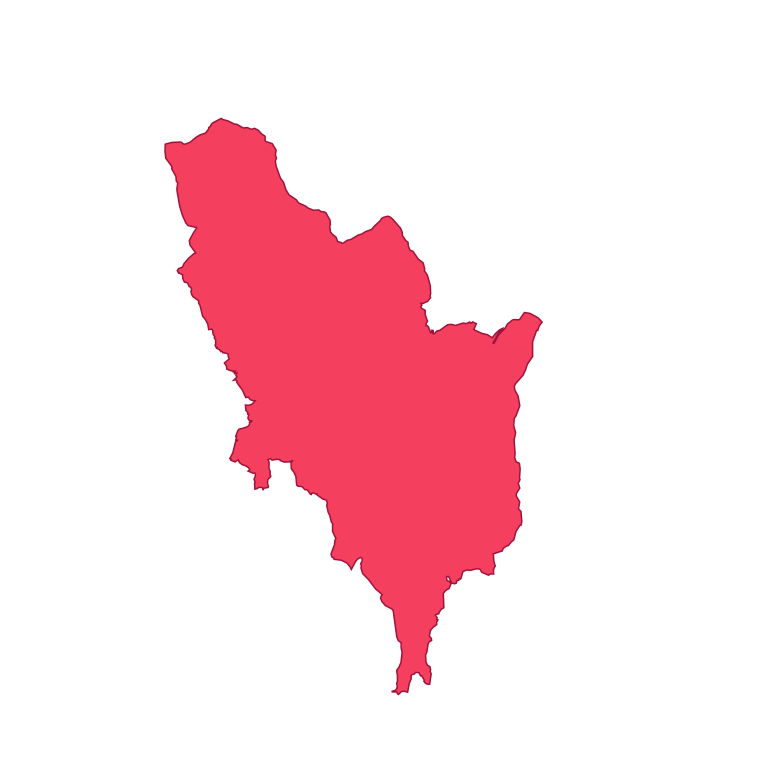 the district of Ghelari, Hunedoara, Romania, rotated 73°
{"feature_id": "2599482B13335161568534", "entity_name": "Ghelari", "entity_type": "district", "adm_level": 2, "iso_a3": "ROU", "parent_name": "Romania", "parent_adm1": "Hunedoara", "projection": "equal_earth", "projection_center": [22.789, 45.717], "detail": "fine", "context": "isolated", "style": "filled", "palette": "rose", "viewbox_px": 768, "rotation_deg": 73, "n_neighbors": 0, "source": "geoboundaries", "source_scale": "gbopen_adm2", "svg_char_len": 6147}
<svg xmlns="http://www.w3.org/2000/svg" viewBox="0 0 768 768"><g transform="rotate(73 384 384)"><path d="M592.7,345.5L597.4,339.9L596.7,337.9L597.8,334.7L593.9,333.7L591.6,332.1L590.7,330.8L585.9,330.8L578.4,329.1L578.2,319.7L575.9,317.9L574.7,313.6L574.9,312.4L572.5,308.9L571.0,305.4L563.5,300.8L558.8,295.2L559.0,294.1L556.1,292.5L545.9,290.3L542.7,291.9L536.5,288.7L529.7,290.3L527.2,289.2L523.3,284.6L518.0,284.6L515.3,281.9L513.6,281.9L505.2,278.7L499.7,277.7L498.7,278.2L497.3,280.3L492.8,280.6L488.6,278.9L475.7,276.0L469.1,272.4L461.6,272.1L455.0,269.5L453.2,267.2L444.5,260.5L434.7,259.3L428.0,260.6L424.3,260.1L422.1,258.0L416.4,248.6L412.0,244.6L407.1,241.2L401.1,233.8L387.2,229.6L378.0,222.9L377.2,221.9L377.7,221.3L373.9,218.6L371.0,214.7L365.6,217.4L361.8,221.1L359.2,223.7L356.7,228.8L361.8,235.3L361.9,236.7L360.3,241.1L360.4,242.6L362.6,248.2L365.9,251.8L370.5,260.0L377.3,266.9L377.1,267.6L375.4,266.9L375.0,265.8L369.3,260.3L367.9,258.5L366.4,254.7L365.5,254.1L366.0,257.6L367.9,261.8L371.4,267.1L367.2,270.5L364.1,275.8L358.2,282.2L353.3,278.0L351.7,280.1L350.6,280.8L351.2,283.3L349.8,283.9L350.2,286.8L350.0,288.4L348.9,290.2L348.9,298.5L346.7,302.1L345.9,305.8L349.0,315.0L348.8,318.0L350.5,320.9L350.4,322.2L347.2,321.3L346.6,322.7L348.7,323.1L348.0,323.9L348.4,324.5L342.2,324.8L340.9,325.5L340.5,326.7L338.1,325.9L336.9,324.1L329.3,324.3L326.4,323.2L325.3,323.2L322.8,325.8L321.2,326.4L319.7,324.8L317.6,325.1L318.4,323.3L317.7,318.0L315.1,314.2L313.3,314.3L311.4,313.0L303.7,311.0L292.6,310.7L287.4,312.3L286.1,311.5L279.6,311.1L274.6,314.7L265.6,317.5L263.5,320.0L259.0,320.4L255.5,319.6L253.2,321.2L247.6,323.0L244.4,322.2L239.9,322.6L228.7,327.6L225.8,329.6L224.6,331.5L224.5,336.0L225.0,337.9L226.8,340.0L230.3,347.2L232.6,350.7L232.9,357.2L234.1,361.6L234.0,365.1L236.1,373.4L235.8,377.3L237.4,381.9L237.1,383.3L236.2,383.6L234.3,386.6L229.4,387.0L225.2,389.9L222.8,390.7L217.2,389.8L216.0,388.7L211.5,387.7L203.0,389.6L201.5,391.6L200.7,393.9L198.5,395.4L197.2,400.7L193.2,405.5L191.3,406.6L185.9,412.7L182.2,414.0L175.4,419.5L169.6,421.0L161.7,421.1L157.0,422.8L144.0,423.5L138.9,422.7L136.6,420.8L133.1,420.9L128.9,418.8L121.4,420.6L117.6,426.1L116.1,426.5L113.0,425.4L111.8,425.6L109.3,427.8L104.8,429.9L101.7,432.9L101.7,436.3L98.8,439.8L98.1,443.6L92.5,448.9L91.8,451.0L86.8,456.2L84.0,460.8L82.4,462.0L84.3,471.8L86.0,474.2L87.0,474.5L87.4,476.5L89.2,477.5L91.9,481.5L92.0,487.2L93.2,491.8L96.2,498.9L96.5,504.3L95.6,505.9L93.5,507.2L92.8,508.9L90.9,516.6L90.7,523.1L97.5,525.4L104.3,526.7L114.2,523.2L116.3,524.1L124.7,522.3L129.3,523.3L131.4,522.5L137.0,525.1L139.8,525.6L154.1,527.4L164.3,527.4L172.0,526.4L175.2,525.1L179.5,517.6L180.1,517.5L183.1,521.4L189.8,528.2L194.4,528.9L203.7,525.8L203.8,527.8L206.5,533.9L210.2,539.8L213.3,542.6L213.6,546.7L215.1,548.5L218.0,548.0L218.0,547.3L220.8,544.7L224.1,545.6L228.2,545.1L229.8,542.3L234.0,541.8L234.9,540.5L237.5,540.4L238.8,541.5L242.1,541.8L244.6,541.2L250.1,537.0L253.0,537.6L254.9,537.0L266.1,537.6L270.3,535.9L275.4,535.0L280.7,535.8L281.3,532.5L282.7,532.2L286.3,532.9L289.3,532.0L290.3,532.9L292.6,532.1L297.0,533.4L297.4,534.2L300.7,533.7L300.3,532.9L301.7,532.8L303.1,531.3L305.3,530.6L305.5,529.3L307.0,529.0L308.3,526.1L309.9,524.2L311.9,524.9L314.8,524.7L317.2,530.5L321.1,529.4L323.8,530.0L326.4,526.8L327.3,525.0L328.2,524.7L327.7,524.1L328.2,522.3L329.9,524.0L330.5,523.8L330.5,521.6L332.6,523.1L334.3,522.6L336.4,526.5L336.5,524.7L338.4,523.8L339.5,524.3L348.5,521.2L356.5,520.2L357.0,517.5L359.7,516.6L361.2,514.8L362.3,512.1L364.8,516.3L364.7,519.9L363.6,522.7L369.0,523.8L371.2,522.6L373.0,523.2L373.5,522.2L377.0,524.2L379.4,523.5L380.7,521.2L381.1,521.4L381.5,522.1L381.2,523.9L383.3,524.3L384.8,526.6L385.1,531.1L384.8,535.7L386.0,537.5L390.6,541.1L391.1,540.4L394.2,542.0L394.9,540.5L395.5,540.9L395.2,542.5L405.6,548.7L410.2,553.3L410.8,552.3L412.0,552.9L415.0,549.2L413.9,545.6L416.9,545.2L419.8,543.1L421.6,540.4L424.5,538.0L426.8,537.3L427.5,539.4L430.8,535.6L431.7,533.3L432.8,533.3L435.4,534.6L436.9,536.1L440.6,536.0L441.1,536.8L446.8,538.2L446.9,535.5L446.4,534.8L446.4,533.4L447.4,530.9L448.0,530.3L450.2,530.9L448.5,529.3L449.1,525.3L448.5,524.5L445.2,524.5L441.4,523.1L439.7,519.7L438.9,519.2L437.3,519.4L434.4,518.4L430.7,518.6L425.5,516.8L422.3,517.0L422.1,514.6L424.1,513.3L424.6,508.9L425.7,505.7L426.8,505.7L429.5,502.3L430.8,497.3L430.3,493.4L432.2,496.0L438.0,497.4L442.1,495.9L446.7,495.3L455.1,497.1L456.6,496.1L458.2,492.3L461.7,490.7L463.1,488.1L467.8,486.7L468.4,485.8L467.7,485.6L467.3,483.5L469.6,481.0L469.6,480.3L470.8,480.2L476.2,476.1L478.1,473.1L481.1,472.9L483.3,474.3L490.7,474.9L493.7,474.3L500.6,474.7L502.4,474.0L510.0,476.3L517.8,475.2L519.0,476.5L523.3,478.4L531.0,484.3L534.0,484.5L535.8,482.9L537.1,483.0L540.0,476.4L544.5,471.7L549.0,469.9L551.8,469.5L545.1,462.7L543.5,459.9L543.0,457.0L545.0,456.0L546.9,456.7L549.2,459.0L550.6,458.6L553.2,459.8L559.1,459.8L566.5,456.0L577.6,451.9L584.9,447.3L586.0,448.8L588.0,449.9L591.5,449.6L596.4,447.4L601.6,442.1L603.5,441.5L629.6,445.7L633.7,445.3L636.4,443.3L641.6,444.8L645.8,445.1L655.1,449.1L659.0,452.3L661.2,455.2L662.5,455.9L666.3,456.3L672.6,458.2L673.7,459.4L676.9,459.7L678.6,460.6L680.2,462.4L680.3,466.1L680.9,466.1L682.1,462.0L684.2,461.7L685.1,460.8L683.2,457.1L683.6,454.8L685.6,451.5L677.8,447.4L674.0,444.3L670.7,443.2L669.9,441.4L670.3,440.1L669.0,437.9L670.5,434.9L672.8,434.6L674.1,433.9L674.1,433.3L679.0,432.0L680.0,432.8L682.4,431.8L683.7,430.3L684.5,428.1L674.9,423.6L672.5,423.9L670.8,423.0L667.7,422.7L665.8,424.6L662.3,425.2L655.4,423.5L652.7,421.3L645.4,417.8L643.6,415.9L643.2,413.5L641.2,413.1L638.2,414.3L633.1,411.5L631.0,408.1L629.6,404.0L626.4,403.0L626.3,402.1L625.3,401.4L624.4,402.4L623.1,401.5L620.1,402.5L619.6,402.0L619.8,398.8L618.6,398.2L616.1,395.0L615.5,392.2L601.6,388.5L599.5,385.4L598.6,381.5L594.7,378.4L592.6,378.7L590.1,381.3L586.5,380.5L587.0,378.5L594.2,377.5L595.7,374.8L595.7,373.3L593.3,371.6L593.6,369.9L592.5,369.1L592.3,368.6L592.9,367.9L592.4,367.2L586.5,363.4L586.0,359.3L587.5,355.9L587.7,349.9L589.0,346.4L592.7,345.5Z" fill="#f43f5e" stroke="#9f1239" stroke-width="1.5"/></g></svg>